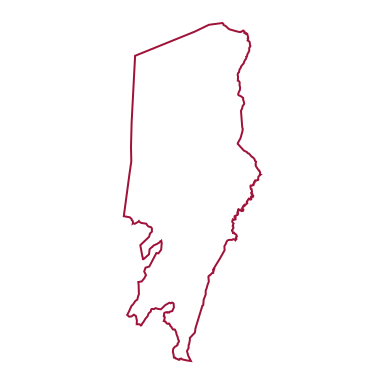 Asuogyaman, Eastern, Ghana
{"feature_id": "2480657B37277876999120", "entity_name": "Asuogyaman", "entity_type": "district", "adm_level": 2, "iso_a3": "GHA", "parent_name": "Ghana", "parent_adm1": "Eastern", "projection": "equal_earth", "projection_center": [0.144, 6.363], "detail": "fine", "context": "isolated", "style": "outline", "palette": "rose", "viewbox_px": 384, "rotation_deg": 0, "n_neighbors": 0, "source": "geoboundaries", "source_scale": "gbopen_adm2", "svg_char_len": 6030}
<svg xmlns="http://www.w3.org/2000/svg" viewBox="0 0 384 384"><path d="M256.1,161.8L255.8,161.4L255.1,161.0L254.7,159.6L254.1,158.6L252.6,157.1L251.8,156.8L248.9,153.5L247.7,153.2L246.8,152.0L243.9,150.6L237.7,143.8L238.0,142.7L240.5,138.2L242.5,131.1L242.6,129.5L242.8,129.1L242.2,127.0L241.0,110.9L242.2,108.1L242.6,106.1L244.1,104.1L244.2,103.5L243.5,100.5L243.1,99.7L243.2,98.4L243.1,97.9L242.7,97.5L242.0,97.2L241.5,96.6L238.6,95.2L238.2,94.7L238.2,94.0L238.7,92.4L239.9,89.9L240.1,87.9L240.0,86.9L239.5,85.1L239.7,82.8L239.5,82.0L238.5,80.7L237.8,80.6L238.1,76.9L238.0,76.3L237.6,75.2L237.8,74.6L237.8,74.0L238.2,72.9L239.0,72.2L239.5,69.7L239.8,69.0L240.8,67.8L240.9,66.8L242.7,64.4L243.5,63.7L243.6,63.3L243.8,63.1L244.0,62.1L245.2,59.8L246.1,58.7L246.4,57.5L246.2,56.8L246.8,56.5L247.1,56.1L247.4,54.1L248.4,52.7L248.6,51.8L249.1,51.2L249.3,50.2L249.2,48.0L250.4,46.1L250.4,45.8L249.9,45.0L249.9,43.6L249.6,42.0L249.3,41.5L247.6,40.5L248.2,38.9L248.2,38.7L247.7,38.4L247.8,37.9L248.1,37.6L248.2,37.1L247.6,35.5L247.3,33.9L246.3,34.1L246.1,33.1L245.3,32.7L245.0,33.0L244.7,32.5L244.3,32.6L244.4,31.5L243.9,31.2L243.6,30.7L243.0,30.6L241.6,31.6L241.2,31.6L240.8,32.0L240.0,32.1L236.4,31.3L229.1,29.2L225.5,25.9L223.9,25.2L223.4,24.7L223.4,24.0L222.4,23.0L208.9,24.8L194.8,31.6L135.1,55.8L131.6,122.9L131.0,147.0L131.3,161.4L129.4,174.5L123.8,216.2L129.8,217.3L131.5,219.0L131.8,220.1L132.6,220.8L133.0,222.3L132.8,223.4L133.2,223.1L134.2,223.7L134.7,223.8L138.3,221.8L138.9,221.1L139.2,221.6L140.6,222.6L141.5,223.0L146.3,223.7L147.4,225.5L148.5,226.5L151.0,227.2L151.9,228.4L151.9,231.7L150.0,233.5L149.1,236.8L140.3,245.2L142.4,256.6L142.6,256.8L142.6,257.5L142.9,257.9L142.9,259.1L143.5,259.2L149.0,254.3L149.6,249.2L151.8,247.1L152.1,247.1L152.4,246.9L153.4,245.7L153.9,245.3L156.8,244.1L157.6,243.5L158.8,242.9L159.9,242.0L160.5,241.1L161.1,241.1L161.3,240.9L161.7,243.2L161.2,249.4L160.8,250.2L158.4,253.4L156.4,253.0L149.3,266.5L145.5,267.7L144.2,271.5L146.0,275.1L144.2,278.4L141.6,281.5L138.3,282.0L138.6,284.5L138.9,294.4L138.2,295.9L137.4,299.3L137.0,299.9L135.5,300.8L133.1,304.3L131.3,306.1L130.9,307.4L129.8,309.4L129.6,310.3L127.2,314.9L129.2,316.7L131.5,316.4L133.9,314.7L135.9,316.0L136.9,320.5L136.7,324.2L139.2,324.3L140.1,324.6L140.9,325.5L141.4,325.3L142.2,323.5L143.0,322.7L145.6,318.5L147.6,316.2L148.5,313.7L148.9,313.1L150.7,311.6L151.2,309.5L151.5,309.1L152.2,308.9L154.0,309.1L155.6,308.1L157.9,308.9L160.9,309.3L165.3,305.1L169.3,302.8L170.0,302.9L170.6,303.3L172.0,302.6L173.1,303.0L173.6,303.6L173.9,307.4L172.2,311.1L170.9,311.4L169.6,311.9L169.0,312.6L167.9,312.1L167.3,312.6L166.7,312.2L165.4,312.4L164.7,312.7L164.2,313.2L163.8,316.1L164.4,316.3L164.5,317.4L164.8,317.6L164.8,317.9L164.6,318.3L164.4,319.3L163.8,321.0L164.4,321.1L164.8,321.5L165.4,321.5L166.8,323.5L168.0,323.9L168.5,323.5L169.0,323.5L169.9,324.6L170.4,326.1L171.3,326.8L172.0,328.1L172.8,329.2L173.3,329.6L174.5,329.4L175.0,329.7L176.2,332.5L176.5,334.3L177.6,336.9L177.9,338.4L178.5,340.2L179.0,341.0L178.8,341.9L177.6,343.6L177.5,344.3L177.7,344.7L177.5,345.0L176.2,346.1L174.7,346.9L173.3,348.7L173.0,350.3L172.9,351.9L173.6,354.7L173.9,357.6L174.6,357.8L175.2,357.6L175.4,357.8L175.7,358.5L177.7,359.1L178.7,359.8L179.6,359.7L179.8,358.9L181.0,358.5L182.3,359.4L183.6,359.7L187.2,360.5L190.9,361.0L188.2,355.7L187.0,351.1L187.8,349.4L188.5,348.6L188.6,345.5L188.8,344.4L189.1,344.2L189.9,339.8L189.8,338.0L194.8,332.7L195.2,330.9L195.4,328.5L202.4,305.6L203.0,305.4L203.2,305.1L203.5,302.1L203.6,299.8L205.7,294.5L205.7,290.4L206.5,288.7L207.7,284.4L208.8,281.7L208.4,276.6L208.9,275.8L209.5,275.6L209.9,275.1L210.5,274.8L210.6,274.5L211.1,274.1L211.9,273.2L212.6,273.0L213.2,272.9L213.1,271.2L213.2,270.7L213.4,270.7L213.3,270.4L213.7,270.1L213.5,269.9L214.0,269.6L213.9,269.2L214.1,268.9L213.8,268.8L214.0,268.6L213.9,268.3L219.7,258.9L224.6,250.2L224.4,246.2L225.8,243.8L226.2,242.6L226.9,241.2L227.5,240.5L228.4,240.1L230.0,239.8L232.0,239.9L233.2,239.2L233.8,239.2L234.8,239.5L234.9,239.8L235.2,239.9L235.2,240.1L235.3,240.2L235.6,239.4L235.9,239.6L236.4,239.2L236.3,238.7L236.3,238.2L235.9,237.4L236.4,237.0L236.5,236.1L236.8,236.1L236.7,235.5L236.0,234.4L235.0,233.9L234.1,232.8L233.4,233.2L233.0,233.1L232.5,231.1L232.0,230.8L232.0,230.1L232.7,229.6L233.0,228.4L233.5,227.8L233.0,226.6L233.0,226.2L232.7,226.0L232.8,225.8L233.1,225.7L233.0,224.8L233.6,223.5L232.8,222.7L232.2,221.6L232.6,220.3L232.6,219.7L232.8,219.4L233.4,219.9L235.5,219.4L235.3,218.6L235.6,218.1L235.6,216.8L235.3,216.7L234.6,217.1L234.6,216.2L235.3,215.8L235.8,215.7L236.2,215.3L237.5,215.0L237.7,214.7L237.9,214.2L237.5,214.0L237.4,213.4L238.0,213.0L237.9,212.4L237.5,212.1L238.1,211.1L237.9,210.4L238.2,209.4L238.6,209.2L239.0,209.8L239.5,210.2L240.0,209.9L240.2,210.4L240.6,210.4L241.3,211.0L241.9,210.7L242.4,211.0L243.0,210.8L243.3,210.1L243.4,209.5L243.0,209.2L243.0,210.1L242.7,210.2L242.4,209.5L242.7,209.3L242.8,209.1L242.1,208.5L242.1,208.2L242.6,207.9L242.8,206.9L243.7,205.4L243.9,205.3L244.0,205.5L243.5,206.6L244.6,205.9L244.9,205.4L244.9,204.6L245.8,204.6L246.6,203.7L247.2,203.4L246.7,202.2L247.1,201.8L247.0,201.3L247.7,200.6L248.0,199.7L248.6,199.2L248.9,198.6L249.3,198.7L250.2,199.6L250.8,199.6L251.3,199.1L251.2,198.5L250.9,197.3L251.3,196.4L251.5,196.4L252.3,197.0L252.7,197.1L253.2,196.4L253.3,195.9L253.1,195.5L251.7,194.3L251.7,193.9L252.1,194.1L252.3,193.9L252.0,193.4L251.5,193.5L251.2,193.1L251.2,192.8L251.5,192.8L251.8,192.5L252.0,191.3L251.7,190.1L251.7,189.3L251.1,189.2L250.7,188.3L250.4,186.4L250.5,185.8L250.6,185.6L251.2,185.8L252.4,185.1L252.7,185.4L253.4,185.2L253.8,184.4L253.6,183.4L253.9,183.1L254.0,182.6L254.4,182.7L254.8,182.2L254.7,181.0L254.8,180.7L255.7,180.3L256.3,180.6L257.3,180.1L257.8,180.1L258.2,179.8L258.3,179.6L258.1,179.0L258.2,178.2L258.5,176.5L260.2,175.0L259.9,175.0L259.8,174.8L259.8,174.1L260.1,173.7L260.1,172.2L259.4,171.2L259.3,170.6L258.9,170.6L256.5,167.2L255.6,165.4L255.6,164.9L255.8,164.6L255.6,163.6L256.1,161.8Z" fill="none" stroke="#9f1239" stroke-width="2"/></svg>